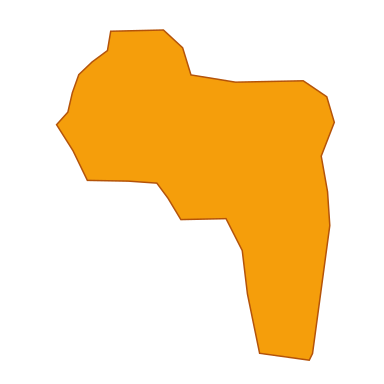 the District of Kumi, rotated 94°
{"feature_id": "UGA-3065", "entity_name": "Kumi", "entity_type": "District", "adm_level": 1, "iso_a3": "UGA", "parent_name": "Uganda", "parent_adm1": "", "projection": "albers", "projection_center": [33.978, 1.444], "detail": "fine", "context": "isolated", "style": "filled", "palette": "amber", "viewbox_px": 384, "rotation_deg": 94, "n_neighbors": 0, "source": "natural_earth", "source_scale": "10m", "svg_char_len": 522}
<svg xmlns="http://www.w3.org/2000/svg" viewBox="0 0 384 384"><g transform="rotate(94 192 192)"><path d="M351.6,63.3L348.2,113.3L289.8,129.6L246.9,137.8L216.2,156.2L220.3,201.2L199.9,215.5L185.6,227.7L185.6,256.3L187.7,297.2L159.1,313.6L134.3,331.8L121.0,321.4L101.4,318.3L82.8,313.1L69.2,300.7L56.8,286.2L37.3,284.3L32.4,231.8L48.8,211.4L75.3,201.2L79.4,156.2L73.3,88.8L87.6,64.2L112.6,54.9L147.2,65.6L182.3,56.8L215.9,52.2L335.5,59.9L344.7,60.5L351.6,63.3Z" fill="#f59e0b" stroke="#b45309" stroke-width="1.5"/></g></svg>